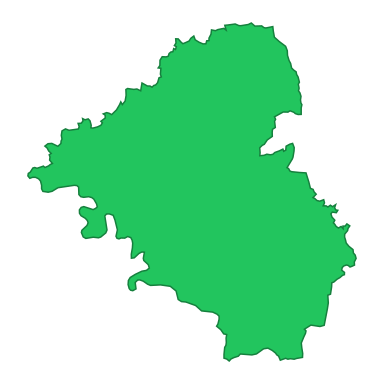 outline of Manoel Viana, Rio Grande do Sul, Brazil
{"feature_id": "56859067B66108959804614", "entity_name": "Manoel Viana", "entity_type": "district", "adm_level": 2, "iso_a3": "BRA", "parent_name": "Brazil", "parent_adm1": "Rio Grande do Sul", "projection": "albers", "projection_center": [-55.572, -29.43], "detail": "fine", "context": "isolated", "style": "filled", "palette": "green", "viewbox_px": 384, "rotation_deg": 0, "n_neighbors": 0, "source": "geoboundaries", "source_scale": "gbopen_adm2", "svg_char_len": 4727}
<svg xmlns="http://www.w3.org/2000/svg" viewBox="0 0 384 384"><path d="M324.2,325.3L327.4,308.7L328.3,302.9L327.8,295.2L330.5,294.2L331.6,286.9L331.8,282.8L333.9,282.0L337.1,279.2L339.9,277.6L342.6,275.3L344.4,274.7L344.5,272.4L341.7,270.2L342.2,267.6L343.7,266.0L346.5,265.0L348.3,265.5L350.0,267.0L351.7,266.4L354.5,265.1L354.3,262.0L356.1,258.4L355.2,255.1L353.4,253.0L353.0,249.6L348.9,246.3L346.2,243.0L345.5,239.9L344.6,237.1L344.7,234.2L347.6,230.6L348.0,228.5L349.8,225.9L346.9,223.9L345.1,226.1L343.0,226.1L343.1,228.6L341.1,226.5L338.4,228.0L336.1,226.4L334.8,224.3L333.4,222.9L334.8,220.2L332.0,217.1L330.9,213.8L332.3,212.1L336.3,212.7L337.8,210.3L335.8,209.9L334.6,207.8L335.6,204.7L332.5,206.7L330.4,205.2L327.9,207.0L326.2,205.9L323.2,205.8L324.5,202.9L323.7,199.7L319.7,201.2L316.9,200.5L314.9,198.6L313.0,197.6L316.2,194.2L314.1,191.9L313.1,189.4L310.4,188.3L308.8,181.9L307.5,177.8L306.0,172.9L299.6,172.5L291.6,171.7L289.8,170.9L288.6,168.6L287.0,167.7L292.3,159.0L293.0,157.1L294.0,151.1L294.2,147.6L292.6,143.4L289.8,144.2L286.1,146.2L285.8,150.1L283.7,151.3L282.9,149.1L279.5,150.8L274.8,152.5L272.9,154.3L270.4,154.8L266.8,154.2L264.1,155.3L259.8,155.7L260.1,152.7L259.7,147.8L262.3,145.3L264.3,144.3L267.3,139.9L272.3,136.4L272.2,132.3L272.5,129.3L275.3,127.5L274.6,121.2L275.6,119.3L274.5,116.8L281.2,113.1L283.3,112.0L288.0,112.1L290.0,110.8L293.9,112.3L295.3,113.6L298.1,114.5L301.2,114.4L301.2,107.9L301.9,104.7L300.9,102.9L300.5,99.9L301.0,96.3L299.9,92.8L298.5,90.9L299.1,88.2L298.3,84.2L299.4,82.2L298.1,77.0L296.6,74.4L296.1,71.8L293.6,70.0L291.6,68.0L290.6,63.4L289.1,60.6L287.5,55.4L287.3,50.7L285.6,46.3L279.2,41.5L274.4,37.2L273.3,31.1L272.8,26.6L265.8,28.0L263.9,27.6L261.7,25.9L254.9,26.1L251.3,23.0L248.3,24.5L240.8,25.7L238.9,25.6L235.2,24.0L227.9,25.0L224.8,25.3L226.1,30.1L223.8,28.4L221.2,28.9L217.8,29.6L215.5,30.7L211.5,29.9L211.0,34.2L209.0,38.1L209.0,40.6L206.7,40.8L205.9,43.8L203.0,43.9L199.0,42.2L195.2,39.8L193.8,36.0L190.8,38.3L189.1,41.0L185.6,42.6L182.9,43.7L181.1,42.2L178.2,38.9L175.7,38.8L176.0,43.0L174.4,45.6L176.3,46.6L175.5,49.5L173.7,48.6L172.9,51.7L170.9,52.0L169.1,53.5L168.2,56.3L166.0,56.9L162.2,56.7L160.0,60.2L159.9,65.5L158.2,67.9L160.9,68.3L160.4,74.2L161.3,76.9L159.0,77.8L157.6,82.7L155.6,85.0L153.9,85.4L152.0,87.2L150.0,86.0L147.4,86.0L142.0,83.0L141.2,87.7L140.7,90.8L136.9,89.0L133.9,89.4L130.0,88.9L127.6,88.5L125.9,89.5L126.1,95.4L125.7,97.8L125.1,101.1L122.3,104.6L120.8,101.9L119.5,104.8L116.5,109.9L111.7,114.6L109.0,113.2L106.6,112.6L103.3,113.9L105.2,115.2L105.2,118.0L100.9,121.3L102.4,122.8L100.9,125.3L97.5,126.9L92.9,128.1L90.9,127.8L91.2,125.2L90.0,120.8L88.2,118.9L85.0,119.8L82.6,118.6L83.0,120.9L81.3,123.2L78.1,123.4L79.2,126.8L78.3,129.0L69.0,130.3L65.5,128.9L62.0,130.9L61.3,135.4L62.0,139.1L61.1,141.0L60.9,143.5L57.9,146.3L51.8,143.4L48.0,143.7L44.9,146.1L47.2,148.1L48.7,151.0L51.2,153.4L49.2,154.8L50.0,157.0L49.6,160.1L52.4,163.5L50.4,164.4L48.6,165.9L44.9,167.5L43.4,166.1L41.4,166.8L37.0,168.3L34.8,167.5L32.9,168.0L30.2,172.2L28.3,173.4L27.9,175.9L29.8,178.3L32.6,177.3L35.5,177.3L38.6,178.8L40.5,181.0L41.6,185.3L41.6,188.8L42.9,191.4L48.2,192.2L52.1,191.3L58.0,187.7L74.3,185.3L77.0,185.6L78.6,187.1L78.9,194.6L80.8,196.7L83.6,197.3L88.7,196.7L91.8,197.6L93.8,199.1L96.5,203.8L97.3,206.8L95.6,208.4L93.1,209.6L83.8,206.6L81.2,207.4L79.4,209.9L79.5,213.3L81.0,215.7L85.3,218.3L87.3,220.5L88.1,222.8L87.0,225.5L81.9,230.3L81.4,232.5L83.2,236.9L85.8,238.4L93.3,237.2L98.5,237.8L100.8,237.0L105.8,232.9L107.0,230.0L104.8,215.9L106.5,214.0L109.3,213.9L113.2,215.3L115.0,220.1L117.4,229.9L116.0,236.3L117.0,238.3L119.0,238.9L121.0,238.0L124.8,238.1L127.7,236.5L130.8,237.6L132.1,240.2L132.7,243.2L132.4,247.9L131.3,254.2L131.4,258.2L134.3,257.8L138.9,253.5L141.8,252.0L144.4,252.2L143.3,258.4L143.8,260.5L148.3,264.7L149.3,268.1L146.4,270.4L141.9,271.2L135.4,274.3L130.2,277.5L128.4,280.5L128.1,284.6L129.2,288.6L130.6,290.2L132.8,290.7L136.0,288.9L135.2,282.5L137.6,280.1L139.8,279.9L143.3,281.2L147.6,284.2L150.5,285.4L160.5,284.9L170.3,286.3L176.1,291.0L178.2,299.5L181.5,301.6L185.8,302.0L195.6,305.5L201.6,310.9L212.7,312.1L217.1,314.2L219.1,316.2L219.1,319.2L217.9,324.1L216.6,326.2L220.8,329.7L223.7,333.9L226.7,334.5L226.1,338.1L226.3,342.6L225.9,345.4L224.7,347.3L224.0,354.4L224.0,358.2L226.7,359.0L229.2,361.0L231.1,358.9L234.1,357.5L238.3,356.2L240.3,354.0L251.9,354.9L256.5,353.9L263.6,348.8L267.9,348.1L272.2,350.4L275.6,353.1L276.7,354.8L278.6,356.1L280.3,360.2L285.6,358.3L287.9,359.2L290.3,358.7L294.2,359.2L296.7,358.4L302.5,357.4L302.7,353.5L301.8,347.8L301.3,343.0L303.9,336.7L305.5,333.3L306.0,330.9L304.4,329.2L310.9,325.1L320.0,326.5L324.2,325.3Z" fill="#22c55e" stroke="#15803d" stroke-width="1.5"/></svg>